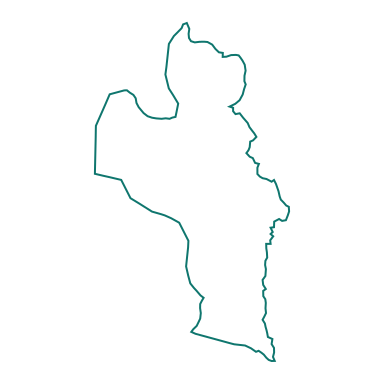 Curvelândia, Mato Grosso, Brazil (Natural Earth projection)
{"feature_id": "56859067B66789181731142", "entity_name": "Curvelândia", "entity_type": "district", "adm_level": 2, "iso_a3": "BRA", "parent_name": "Brazil", "parent_adm1": "Mato Grosso", "projection": "natural_earth1", "projection_center": [-57.857, -15.622], "detail": "fine", "context": "isolated", "style": "outline", "palette": "teal", "viewbox_px": 384, "rotation_deg": 0, "n_neighbors": 0, "source": "geoboundaries", "source_scale": "gbopen_adm2", "svg_char_len": 2277}
<svg xmlns="http://www.w3.org/2000/svg" viewBox="0 0 384 384"><path d="M274.0,347.9L271.6,344.1L272.4,339.0L267.9,337.0L267.2,333.1L266.5,330.1L265.6,327.0L264.9,323.5L262.6,319.8L264.3,316.6L266.0,313.1L265.5,308.3L265.8,302.9L265.3,299.2L263.3,296.2L263.2,290.9L265.8,289.0L263.2,284.9L262.6,279.9L265.4,276.0L265.9,269.1L265.1,265.0L265.4,260.8L267.2,257.6L266.9,252.3L266.3,248.3L266.2,243.9L270.6,243.9L270.2,240.3L273.2,236.3L270.6,234.0L272.7,232.0L270.6,227.7L274.0,227.2L274.2,221.6L279.1,219.0L282.1,220.9L285.9,220.2L287.8,215.4L289.1,211.4L288.8,206.8L286.2,205.5L283.8,202.7L280.8,199.6L279.7,196.5L278.5,191.2L276.0,184.0L274.0,180.0L271.6,181.7L266.5,179.0L262.6,178.2L259.9,176.6L257.4,174.0L257.4,167.7L258.9,163.9L255.1,162.9L252.8,158.1L249.7,156.7L246.4,153.1L248.5,150.2L249.7,147.2L250.2,141.6L253.0,140.4L256.4,136.9L254.2,133.3L252.3,130.9L249.5,127.2L247.7,123.0L243.1,117.7L239.7,113.3L235.5,114.1L233.1,111.2L233.1,107.8L229.6,106.6L235.3,103.8L239.6,100.2L242.7,94.5L244.1,89.1L245.7,84.4L244.4,81.2L244.5,75.7L245.6,70.7L244.7,64.7L242.6,60.8L240.5,57.7L238.7,55.4L235.9,54.9L231.1,55.1L226.4,56.7L222.7,56.9L222.8,52.9L218.9,52.3L215.4,48.9L212.2,44.6L207.5,42.0L204.0,41.7L199.6,41.8L194.8,42.4L191.0,41.2L189.0,38.0L188.6,33.8L189.3,28.9L186.8,23.0L183.1,24.4L181.6,28.2L176.8,33.1L173.9,36.0L168.9,43.9L166.4,67.1L165.4,74.5L168.8,88.4L173.1,95.1L178.2,103.6L176.4,112.6L175.5,116.9L172.3,117.6L169.6,118.8L165.7,118.3L161.6,118.8L156.3,118.4L152.0,117.7L147.6,116.2L143.6,113.1L138.7,107.2L136.5,103.0L135.7,98.3L133.4,94.9L129.9,92.7L126.9,90.3L124.2,90.4L109.7,94.3L105.3,104.5L95.9,125.8L95.8,130.1L95.7,137.1L94.9,173.8L103.4,175.8L109.7,177.2L113.5,178.1L121.2,179.9L127.4,192.1L130.5,198.2L139.5,203.7L152.0,211.6L161.1,214.2L164.8,215.4L171.1,218.2L179.2,222.7L188.4,240.8L188.1,247.3L186.1,266.4L188.2,275.6L190.3,283.4L193.9,287.9L196.4,290.6L200.5,295.4L203.6,297.8L201.9,300.7L200.2,304.0L200.1,308.1L200.8,313.1L200.2,318.6L198.6,322.0L196.7,325.9L193.2,329.3L191.3,331.9L195.5,333.8L221.6,340.9L229.6,343.1L234.2,344.3L245.1,345.5L251.0,348.3L256.0,351.8L258.6,350.8L261.4,352.7L263.8,354.6L266.3,357.7L268.7,359.9L271.6,361.0L274.7,360.9L273.0,356.9L274.1,352.5L274.0,347.9Z" fill="none" stroke="#0f766e" stroke-width="2"/></svg>